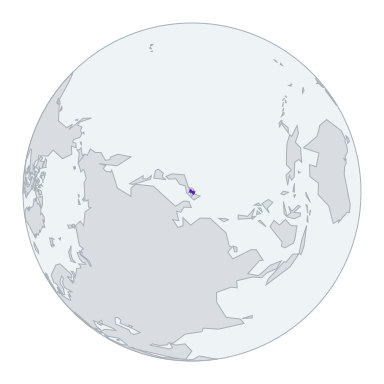 Ehime highlighted on a globe, orthographic projection, rotated 262°
{"feature_id": "JPN-1832", "entity_name": "Ehime", "entity_type": "Prefecture", "adm_level": 1, "iso_a3": "JPN", "parent_name": "Japan", "parent_adm1": "", "projection": "orthographic", "projection_center": [132.746, 33.592], "detail": "fine", "context": "on_globe", "style": "filled", "palette": "violet", "viewbox_px": 384, "rotation_deg": 262, "n_neighbors": 0, "source": "natural_earth", "source_scale": "10m", "svg_char_len": 12253}
<svg xmlns="http://www.w3.org/2000/svg" viewBox="0 0 384 384"><g transform="rotate(262 192 192)"><circle cx="192" cy="192" r="169" fill="#eef3f6" stroke="#a8b0b8"/><path d="M311.2,291.9L311.1,292.7L310.9,292.9L311.2,291.9ZM325.0,87.8L324.7,87.5L325.5,88.5L327.7,91.4L325.1,88.5L325.2,90.0L317.6,85.1L302.0,73.5L303.3,72.8L299.4,70.5L297.5,71.5L297.2,72.8L281.1,69.7L273.0,76.8L275.9,83.1L271.0,79.0L280.1,94.2L279.2,102.7L276.9,90.7L274.1,87.8L271.8,92.1L268.4,90.1L265.4,91.2L261.6,88.5L260.5,82.2L258.0,80.6L256.5,83.8L251.8,83.5L254.3,79.0L246.2,78.2L243.0,68.5L252.8,60.3L247.7,54.4L249.2,45.0L245.7,44.4L244.1,41.0L239.6,39.2L241.1,38.4L236.1,37.8L235.6,38.9L233.2,39.1L230.4,38.2L232.0,36.9L233.6,37.1L232.6,36.3L234.5,36.1L232.0,35.8L234.2,34.5L228.0,34.6L226.3,32.7L228.9,32.2L233.9,33.8L252.1,38.0L256.2,38.8L257.0,38.0L247.4,32.8L249.8,33.3L249.3,33.0L260.2,37.4L270.9,42.6L281.2,48.5L291.0,55.1L300.3,62.3L309.1,70.2L317.4,78.7L325.0,87.8ZM247.1,32.3L245.4,31.7L244.6,31.6L237.6,29.6L237.4,30.2L234.5,29.7L232.3,30.1L227.0,28.5L223.1,27.0L224.7,26.7L223.0,26.2L216.9,25.5L215.5,24.7L213.7,24.4L230.6,27.5L247.1,32.3ZM343.6,174.3L342.2,171.2L343.8,171.6L343.6,174.3ZM340.8,170.5L341.4,171.3L340.8,170.8L340.8,170.5ZM340.0,170.9L340.6,170.6L340.1,171.3L340.0,170.9ZM339.1,171.9L339.5,171.2L339.5,171.4L339.1,171.9ZM337.2,172.3L336.6,172.3L336.9,171.4L337.2,172.3ZM297.6,73.8L297.8,71.8L300.7,71.9L301.0,73.7L297.6,73.8ZM291.4,74.5L290.6,72.7L295.0,74.8L294.1,75.1L291.4,74.5ZM278.7,88.4L279.5,86.1L279.9,89.1L278.7,88.4ZM265.6,91.8L266.5,93.2L264.5,93.2L265.6,91.8ZM235.3,31.0L233.8,30.5L235.0,30.7L235.3,31.0ZM235.7,31.7L238.2,32.1L238.7,32.6L237.2,32.3L235.7,31.7ZM256.9,89.3L253.5,89.1L256.8,88.2L256.9,89.3ZM232.6,31.0L239.4,33.3L240.4,34.1L235.3,33.7L232.6,31.0ZM251.4,88.3L243.3,88.4L244.5,91.3L236.5,83.4L246.1,85.7L249.9,84.0L249.3,86.4L251.4,88.3ZM236.6,39.6L237.1,38.4L239.2,40.3L236.6,39.6ZM238.5,40.8L248.5,47.1L246.4,48.9L243.5,46.2L242.9,49.4L237.0,47.1L236.0,44.9L238.5,44.1L234.3,43.9L238.5,40.8ZM233.5,79.3L231.3,78.5L233.4,78.1L233.5,79.3ZM232.4,39.3L234.6,40.3L233.0,41.8L228.3,40.1L230.3,40.1L232.4,39.3ZM245.6,51.5L243.6,52.5L238.2,50.9L236.7,51.1L236.6,47.2L245.6,51.5ZM229.3,39.4L225.9,39.3L224.2,37.9L230.1,38.5L229.3,39.4ZM234.5,43.0L233.5,43.6L232.5,42.7L234.5,43.0ZM216.2,33.4L218.9,34.2L218.2,35.1L216.2,33.4ZM224.8,39.3L225.4,39.8L225.4,40.3L222.9,40.0L224.8,39.3ZM232.9,46.5L231.1,45.7L232.6,47.9L228.7,47.0L229.4,44.7L227.4,45.3L226.2,45.1L228.1,43.5L232.9,46.5ZM220.5,41.3L220.1,38.4L215.2,36.5L215.7,35.6L223.3,38.9L220.5,41.3ZM224.8,42.7L222.3,41.6L224.1,40.9L227.0,41.3L224.8,42.7ZM225.7,47.3L231.6,49.3L231.3,49.8L225.7,47.3ZM218.8,40.8L218.9,41.5L218.2,40.7L218.8,40.8ZM223.2,45.4L225.3,46.0L224.9,46.5L223.2,45.4ZM217.5,42.6L217.3,41.6L219.3,41.8L217.5,42.6ZM219.8,44.0L218.7,44.6L220.0,42.4L220.8,44.1L219.8,44.0ZM222.4,45.8L222.8,46.3L221.6,45.5L222.4,45.8ZM210.2,42.9L211.5,40.2L215.8,40.4L213.9,42.9L210.2,42.9ZM58.5,88.4L59.7,87.3L51.2,100.6L48.9,107.1L57.3,99.4L61.1,88.4L67.0,82.0L68.1,86.6L65.6,97.2L67.8,95.1L73.7,85.1L77.6,84.6L76.3,81.5L73.5,84.9L72.6,83.3L75.1,80.2L76.4,80.0L78.4,76.4L71.9,78.9L68.3,82.6L70.9,76.5L65.3,82.3L64.4,82.4L73.6,72.8L76.1,70.8L89.5,59.0L87.1,60.3L74.3,71.9L76.3,69.7L73.0,72.3L77.1,68.6L91.7,56.4L96.1,52.9L109.5,44.5L116.4,40.9L112.2,43.2L114.4,42.1L110.8,44.3L112.1,44.9L109.4,47.2L116.1,45.3L115.6,46.4L111.8,47.1L107.6,49.2L101.6,56.2L102.2,56.9L107.1,55.2L104.9,57.7L110.4,55.2L110.0,59.1L115.1,52.5L121.0,51.1L124.1,52.6L127.0,51.1L121.8,48.9L118.9,49.1L115.0,51.1L107.9,51.6L108.7,49.8L119.5,45.3L121.7,42.5L129.2,40.9L138.6,47.0L139.3,51.2L127.3,61.0L123.5,60.5L125.9,56.6L117.9,61.5L121.3,60.5L119.4,62.7L124.6,62.5L123.5,64.2L130.3,61.4L129.5,63.4L125.2,65.1L132.2,67.1L132.3,71.5L134.4,71.2L136.6,69.7L135.2,76.6L136.8,76.1L137.9,73.6L141.8,71.2L148.2,69.8L147.3,72.3L144.9,73.1L138.7,78.8L132.4,81.0L132.7,82.0L138.0,80.6L145.6,73.6L149.7,72.1L146.5,75.5L148.0,74.1L149.8,74.2L150.7,76.7L154.4,73.1L174.9,72.0L178.8,77.2L173.7,80.0L187.2,83.3L190.6,89.8L191.5,87.4L198.7,88.0L197.7,85.9L198.7,84.8L216.5,86.5L220.0,89.2L228.8,88.1L229.3,87.0L227.2,84.8L236.5,83.4L244.5,91.3L242.9,93.4L248.9,97.3L244.6,101.7L243.7,107.4L235.4,110.6L235.5,115.2L237.9,116.3L239.7,123.8L235.3,136.3L228.4,121.4L233.0,103.8L230.2,110.3L227.7,107.5L224.8,109.2L223.1,114.2L224.9,115.5L206.3,118.7L196.1,131.0L204.3,132.1L207.5,137.3L203.1,154.5L180.2,173.6L184.2,182.5L183.2,187.5L176.8,189.2L178.1,181.9L173.4,178.0L175.2,173.9L165.4,174.9L167.4,169.1L158.8,173.1L159.9,178.5L167.8,179.4L159.4,186.0L165.0,196.2L163.4,206.3L146.8,220.0L133.2,221.4L131.9,224.2L127.6,219.1L120.1,222.9L126.7,242.8L125.9,247.5L114.6,252.9L114.7,249.3L103.3,235.9L99.9,246.3L108.5,259.2L111.4,270.9L104.2,265.0L101.4,254.4L97.4,249.3L99.4,240.1L97.9,223.8L90.8,223.4L92.3,217.6L89.1,202.3L79.4,201.1L63.2,208.3L59.5,222.2L54.6,225.3L52.5,199.2L55.6,184.1L52.3,182.5L52.2,165.4L44.8,152.2L46.0,147.6L44.1,146.6L44.4,138.8L47.1,131.7L46.2,129.1L39.6,148.1L40.8,151.1L44.9,149.1L42.6,155.0L42.6,163.9L34.5,169.7L27.1,162.4L30.2,151.2L44.4,114.2L46.1,112.0L46.3,111.6L46.7,111.0L44.1,114.0L47.8,107.4L36.2,130.4L32.6,138.9L27.0,162.7L26.6,163.3L25.9,169.5L28.5,176.0L27.7,179.3L24.1,189.8L23.1,194.1L23.4,181.5L24.6,168.9L26.8,156.5L29.9,144.2L33.9,132.3L38.8,120.6L44.6,109.4L51.2,98.6L58.5,88.4ZM59.0,114.5L60.0,121.3L66.3,112.4L67.2,114.4L69.0,110.8L66.7,111.7L72.1,102.6L75.0,103.8L78.3,100.7L78.1,98.3L72.0,97.7L64.2,110.5L61.1,111.5L59.0,114.5ZM130.3,35.4L127.0,36.8L125.2,37.2L128.7,35.4L131.3,34.6L130.3,35.4ZM122.6,38.8L132.4,35.6L130.6,37.0L130.0,36.7L127.8,37.9L126.2,37.8L114.9,42.8L112.6,43.6L120.3,39.1L119.0,39.9L122.4,38.3L122.6,38.8ZM160.6,28.6L164.8,28.3L155.5,31.6L152.6,31.6L155.9,29.4L161.3,28.2L160.6,28.6ZM222.4,30.4L224.6,30.8L224.2,31.0L222.0,30.9L222.4,30.4ZM217.5,33.7L212.3,29.2L214.5,29.3L208.7,27.0L212.5,26.6L216.1,28.0L214.6,26.2L219.4,27.3L217.8,26.2L225.5,29.3L229.7,30.6L223.5,29.3L220.0,29.6L219.7,30.1L222.1,32.6L229.5,35.9L227.1,37.1L223.5,37.1L221.4,36.5L223.6,35.8L219.2,35.5L220.7,34.1L217.5,33.7ZM182.5,41.8L185.9,40.3L177.3,41.3L178.8,39.1L177.7,39.4L176.8,37.8L173.7,36.4L175.1,35.6L173.3,35.4L172.6,34.5L170.6,34.1L172.5,32.6L170.2,32.1L172.4,31.7L167.9,31.3L172.1,30.9L171.6,30.0L167.8,30.8L182.9,25.5L186.0,24.2L186.3,23.5L193.4,23.6L197.7,24.5L199.7,26.3L195.7,27.8L199.6,27.8L198.9,28.6L196.1,28.3L199.9,29.3L198.6,30.0L200.3,32.8L206.8,34.4L207.5,35.7L204.3,35.4L207.4,36.9L201.8,37.3L202.3,38.3L197.3,40.0L190.8,39.2L191.8,40.4L188.1,42.0L182.5,41.8ZM208.6,43.2L200.6,42.3L197.5,40.8L207.5,38.6L207.9,37.7L214.2,36.7L218.6,39.0L216.4,39.0L215.2,39.6L214.3,38.6L214.2,39.9L211.2,40.0L210.3,41.1L207.9,40.5L208.6,43.2ZM77.1,68.1L75.6,69.6L74.0,71.3L71.9,73.2L77.1,68.1ZM86.1,60.4L86.9,59.7L86.1,60.4L82.8,63.1L86.1,60.4ZM88.8,58.4L86.3,60.2L88.6,58.5L88.8,58.4ZM111.3,47.9L110.7,48.8L109.4,49.4L108.2,49.5L111.3,47.9ZM157.2,45.7L159.7,44.8L160.3,45.1L166.3,44.6L165.7,46.4L161.8,47.4L157.2,45.7ZM56.1,99.1L54.9,99.1L56.1,97.1L56.3,97.5L56.1,99.1ZM62.3,85.1L59.4,89.4L61.8,85.6L62.3,85.1ZM157.5,47.6L160.1,47.1L158.2,48.3L157.5,47.6ZM165.6,47.7L163.9,49.1L166.3,46.5L165.6,47.7ZM152.3,304.9L157.5,306.4L157.3,307.0L152.3,304.9ZM146.9,301.7L152.7,303.1L146.0,302.8L146.9,301.7ZM154.9,303.6L160.9,303.6L163.4,303.0L163.0,304.2L154.9,303.6ZM143.0,300.9L122.7,295.3L114.8,291.2L116.5,289.5L129.1,294.0L143.0,300.9ZM115.9,289.3L104.2,278.6L89.7,252.4L94.9,255.1L110.3,273.6L109.3,275.3L116.4,283.0L115.9,289.3ZM144.9,285.4L143.9,291.2L132.4,287.8L127.4,285.4L123.8,276.5L125.8,273.0L129.9,274.3L146.8,264.4L152.5,269.2L147.1,274.0L151.8,280.6L144.9,285.4ZM59.7,223.9L61.3,234.4L58.9,234.1L59.7,223.9ZM154.5,255.7L147.1,260.6L154.1,253.5L154.5,255.7ZM159.0,248.4L159.1,251.8L156.7,248.0L159.0,248.4ZM131.0,228.8L126.6,228.2L126.9,225.8L132.7,225.1L131.0,228.8ZM162.2,214.8L160.8,221.9L159.4,224.1L158.1,219.4L162.2,214.8ZM155.7,64.9L148.0,63.4L142.1,64.1L138.1,67.0L140.4,62.5L149.6,61.4L155.7,64.9ZM172.6,70.7L176.1,68.5L176.8,70.2L176.1,71.0L172.6,70.7ZM173.1,68.9L173.2,65.0L176.6,64.3L175.9,67.5L173.1,68.9ZM165.0,55.4L162.8,54.8L164.4,53.7L165.0,55.4ZM272.9,338.8L275.5,338.0L270.9,340.9L264.2,344.4L257.3,347.3L272.9,338.8ZM220.2,354.9L218.6,353.1L226.2,352.2L224.2,354.1L220.2,354.9ZM277.7,335.9L281.8,332.7L282.0,330.4L283.1,331.9L287.8,329.7L277.2,337.1L277.7,335.9ZM188.4,345.2L156.9,346.9L149.5,344.8L150.3,342.7L141.6,333.1L143.9,333.8L141.1,327.5L159.2,325.5L171.9,316.5L183.1,318.5L190.9,310.9L202.8,312.2L199.8,318.6L212.9,323.1L220.2,308.6L229.7,323.6L240.2,327.8L245.0,335.4L231.8,348.4L222.8,351.2L220.4,350.5L216.8,351.7L210.3,351.6L205.3,348.3L201.8,349.4L204.5,346.6L199.8,349.1L195.8,346.6L188.4,345.2ZM274.4,315.4L276.5,315.3L280.3,316.5L276.9,317.1L274.4,315.4ZM305.9,297.2L307.1,297.8L304.8,299.1L305.9,297.2ZM310.9,292.9L308.2,294.7L311.2,291.9L310.9,292.9ZM284.0,304.7L285.2,305.2L284.3,305.8L284.0,304.7ZM283.1,304.6L284.1,302.8L284.2,304.3L283.1,304.6ZM272.3,298.8L273.5,297.7L274.1,298.2L272.3,298.8ZM165.2,307.8L172.2,304.5L176.2,304.6L165.2,307.8ZM270.4,297.4L267.3,297.8L267.6,296.8L270.4,297.4ZM270.5,295.3L270.1,294.2L272.2,296.7L270.5,295.3ZM264.4,293.5L268.3,295.1L264.0,293.9L264.4,293.5ZM262.3,294.2L259.6,293.6L259.7,293.1L262.3,294.2ZM233.2,298.5L243.2,305.3L235.5,305.6L226.8,301.3L220.6,305.7L206.2,304.7L209.3,302.2L207.2,297.9L192.7,295.3L189.8,292.3L194.8,290.8L185.4,287.7L195.7,287.4L200.0,293.5L205.8,289.3L216.2,290.8L226.6,292.8L235.2,296.7L233.2,298.5ZM196.0,300.0L197.8,300.1L196.3,301.7L196.0,300.0ZM254.4,291.1L258.3,293.3L257.9,294.1L256.0,293.9L254.4,291.1ZM237.1,295.7L246.3,290.5L248.5,290.4L242.5,296.1L237.1,295.7ZM243.9,287.6L248.3,287.9L250.7,290.4L249.8,291.2L243.9,287.6ZM175.1,292.6L174.8,294.1L172.1,292.5L175.1,292.6ZM178.4,292.0L186.4,294.7L177.7,293.3L178.4,292.0ZM155.2,282.7L157.4,286.9L164.4,285.7L159.1,288.3L164.0,295.4L162.5,297.4L157.6,289.9L156.1,296.5L153.1,295.7L151.2,289.5L154.2,282.7L157.3,280.2L169.9,281.2L155.2,282.7ZM178.3,287.4L176.3,282.6L177.8,279.7L180.0,282.4L178.3,287.4ZM170.5,270.6L165.4,264.3L160.5,265.5L170.7,259.5L173.9,266.6L170.5,270.6ZM166.7,257.8L162.0,258.9L167.0,255.2L166.7,257.8ZM161.0,256.8L160.8,252.8L164.3,254.0L161.0,256.8ZM169.0,258.4L170.4,251.9L171.9,256.1L169.0,258.4ZM160.2,243.8L167.1,251.7L157.6,247.0L158.6,234.0L162.8,234.6L160.2,243.8ZM192.7,194.6L192.4,190.6L196.6,190.3L195.6,193.1L192.7,194.6ZM210.1,186.8L197.7,189.0L187.7,191.1L190.2,193.3L186.8,199.5L183.8,192.7L191.7,186.6L199.0,186.2L201.3,180.9L207.4,177.9L207.9,170.9L211.0,168.3L212.8,174.6L210.1,186.8ZM207.9,168.0L211.0,156.1L218.3,158.8L219.3,161.9L214.7,166.2L211.1,164.5L207.9,168.0ZM213.9,154.2L210.4,152.6L207.7,134.3L208.9,131.3L214.9,145.9L211.9,145.2L211.3,149.4L213.9,154.2ZM231.4,79.9L231.3,78.6L232.7,79.9L231.4,79.9ZM198.0,83.7L199.6,82.5L201.2,83.8L198.0,83.7ZM204.9,79.9L202.0,79.2L205.4,78.9L204.9,79.9ZM195.4,78.1L201.0,78.5L195.2,79.6L195.4,78.1Z" fill="#d9dde1" stroke="#a8b0b8" stroke-width="1"/><path d="M191.7,194.0L191.6,193.9L191.6,194.0L191.5,193.9L191.4,194.0L191.5,194.0L191.4,194.1L191.3,193.9L191.3,193.7L191.2,193.6L191.3,193.6L191.3,193.4L191.2,193.3L191.2,193.2L191.3,193.2L191.2,193.2L191.3,193.1L191.5,193.1L191.4,193.0L191.4,192.9L191.5,192.8L191.4,192.8L191.2,192.8L191.2,192.7L191.2,192.4L190.9,192.4L190.7,192.5L190.4,192.7L190.2,192.7L190.3,192.6L190.5,192.5L190.6,192.4L190.8,192.4L191.2,192.2L191.3,192.1L191.4,191.9L191.6,191.8L191.8,191.7L191.9,191.4L191.9,191.2L192.0,191.1L192.1,190.9L192.2,190.7L192.3,190.6L192.4,190.4L192.5,190.4L192.5,190.5L192.8,190.8L192.9,191.0L193.0,191.0L193.2,190.9L193.3,190.8L193.5,190.8L193.8,190.9L194.0,190.8L194.1,190.7L194.2,190.8L194.3,191.0L194.2,191.2L193.9,191.3L193.7,191.3L193.4,191.3L193.2,191.4L193.2,191.5L192.9,191.8L192.8,192.0L192.7,192.1L192.6,192.3L192.2,192.4L192.1,192.5L192.3,192.7L192.3,192.8L192.1,193.0L191.9,193.3L191.7,193.3L191.7,193.5L191.8,193.5L191.8,193.8L191.7,194.0L191.7,194.0ZM192.6,190.2L192.6,189.9L192.7,190.0L192.8,190.1L192.7,190.1L192.6,190.2ZM192.8,190.3L192.7,190.4L192.7,190.5L192.7,190.4L192.7,190.2L192.8,190.2L192.8,190.3L192.8,190.3ZM191.7,190.8L191.8,190.8L191.7,190.8L191.7,190.8Z" fill="#8b5cf6" stroke="#5b21b6" stroke-width="1.5"/></g></svg>